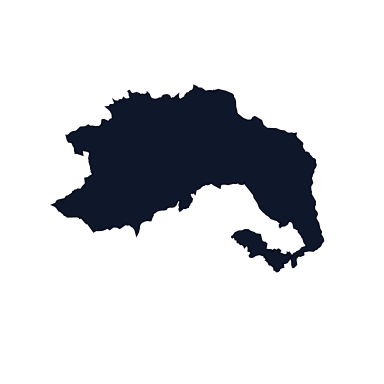 Saliste, Sibiu, Romania (Natural Earth projection), rotated 232°
{"feature_id": "2599482B68453018923397", "entity_name": "Saliste", "entity_type": "district", "adm_level": 2, "iso_a3": "ROU", "parent_name": "Romania", "parent_adm1": "Sibiu", "projection": "natural_earth1", "projection_center": [23.849, 45.799], "detail": "fine", "context": "isolated", "style": "filled", "palette": "ink", "viewbox_px": 384, "rotation_deg": 232, "n_neighbors": 0, "source": "geoboundaries", "source_scale": "gbopen_adm2", "svg_char_len": 6036}
<svg xmlns="http://www.w3.org/2000/svg" viewBox="0 0 384 384"><g transform="rotate(232 192 192)"><path d="M298.0,218.1L297.4,217.5L297.5,215.4L298.5,213.8L299.5,213.1L300.6,210.9L302.0,211.0L304.6,209.2L304.7,208.3L305.3,207.3L305.4,206.0L306.0,205.4L307.8,204.8L310.4,205.1L310.7,204.3L310.7,203.7L308.8,203.7L307.2,202.4L304.0,201.5L304.4,199.2L305.3,197.6L306.7,196.5L308.5,196.1L307.7,194.6L307.6,193.4L309.0,192.0L309.2,191.1L308.1,189.5L309.6,188.9L310.9,187.3L312.6,186.8L309.4,186.0L309.2,184.9L309.4,183.2L311.0,181.4L310.2,179.3L311.9,176.7L306.9,177.8L302.7,177.2L298.9,174.7L298.9,173.7L299.5,172.3L298.9,169.9L299.3,169.2L303.2,167.2L304.0,165.9L304.1,165.5L300.9,162.5L300.7,160.1L300.2,159.0L301.7,157.9L302.4,156.4L305.4,153.7L306.0,152.3L308.6,151.4L308.8,148.1L311.7,143.9L311.1,139.6L311.4,137.5L312.8,135.1L313.2,132.6L312.8,129.3L314.0,127.8L309.7,125.9L307.4,125.6L305.4,127.7L303.4,127.7L301.9,127.0L299.2,126.8L296.8,125.1L296.8,125.9L294.5,123.9L293.6,125.2L288.4,128.6L292.8,131.0L288.3,135.0L285.8,135.9L282.1,131.5L280.3,130.7L279.2,129.7L274.5,127.9L271.9,126.2L270.4,126.0L270.0,125.1L268.2,125.1L266.7,124.2L267.4,121.1L267.2,118.8L268.7,116.1L265.5,114.3L264.0,113.0L263.5,109.0L262.3,106.2L264.6,103.6L264.6,102.2L265.5,100.8L265.1,98.8L265.6,98.4L264.9,97.6L264.7,95.9L265.1,92.0L265.8,90.4L265.0,87.5L267.8,81.6L268.0,79.7L266.9,77.8L268.0,73.8L266.0,75.0L263.4,75.8L259.2,75.5L257.2,76.7L256.2,76.6L254.6,77.3L252.6,77.1L249.9,78.5L249.3,78.3L243.3,86.3L241.8,87.5L240.4,87.3L240.1,88.9L233.6,89.2L232.2,89.5L232.5,90.2L231.2,90.4L221.2,90.0L220.9,92.6L217.4,97.3L216.2,100.6L215.9,102.9L216.1,103.3L213.2,103.9L213.0,108.8L210.2,111.8L207.9,112.6L207.4,120.3L206.0,120.6L204.8,122.8L202.2,123.2L200.6,124.0L197.2,123.9L191.9,121.6L193.4,124.9L196.1,128.2L198.2,129.9L198.1,130.4L198.8,131.5L199.1,134.0L198.4,136.9L197.5,139.0L194.8,141.9L196.8,145.0L197.6,147.0L198.9,147.7L198.5,153.2L197.3,156.0L194.4,160.4L194.3,161.4L195.1,162.8L193.8,165.6L192.3,167.2L191.5,169.2L191.7,171.3L193.7,174.9L193.6,176.2L192.3,177.6L189.7,173.8L187.3,172.9L186.5,171.3L184.7,170.6L184.2,171.7L184.6,172.3L184.4,173.3L184.7,175.2L183.0,177.0L183.3,177.5L182.3,179.6L183.0,180.2L183.4,182.1L184.8,184.3L184.5,185.6L186.5,188.0L188.1,187.8L191.7,188.8L191.6,191.6L190.8,191.7L190.9,192.4L190.5,193.1L188.5,193.2L190.6,195.6L191.2,196.9L190.1,200.3L190.5,201.3L190.4,203.2L190.8,204.1L189.9,205.8L190.3,206.2L189.2,208.1L188.6,208.4L187.6,210.4L187.7,211.6L186.9,213.2L184.9,213.4L177.9,216.5L179.8,218.6L180.1,220.1L178.2,222.8L175.6,225.3L173.6,230.1L171.8,231.9L171.0,234.2L169.2,234.4L167.3,236.0L166.8,237.6L167.4,239.3L165.4,238.8L151.8,238.9L149.2,237.6L143.1,237.3L137.8,235.6L132.4,236.0L130.8,236.5L128.6,236.6L125.5,237.9L122.6,238.0L117.0,241.6L115.0,241.9L113.4,242.8L112.3,242.7L112.6,241.4L112.4,240.9L111.1,239.8L109.8,239.6L110.0,240.9L109.7,242.3L108.4,244.1L108.1,246.5L108.1,247.6L109.0,248.9L109.0,250.8L108.1,251.7L106.4,252.4L104.8,252.2L100.7,250.2L100.0,251.2L99.4,251.0L96.7,252.4L94.9,251.3L90.2,251.4L88.5,250.8L87.2,251.1L83.4,249.4L80.5,249.3L78.6,248.7L80.3,244.2L79.5,240.9L80.3,237.7L79.6,237.2L80.3,236.1L80.7,233.8L79.9,232.3L79.8,231.3L84.6,231.4L84.6,230.7L85.6,230.0L84.3,229.3L84.3,228.4L84.8,228.1L84.6,227.6L85.2,226.4L90.4,223.2L91.2,225.6L93.7,225.0L93.9,222.4L96.0,221.6L96.1,220.2L95.6,219.0L96.2,219.2L98.0,218.5L99.6,216.3L101.5,214.8L105.1,218.9L106.0,218.6L107.1,218.8L108.2,217.4L110.5,216.8L116.4,219.5L119.8,216.3L121.5,216.0L125.0,213.7L127.6,213.0L129.7,210.3L130.3,207.3L132.2,205.1L133.2,201.0L132.1,197.1L132.4,196.0L131.7,195.5L131.1,195.7L131.3,196.8L130.1,197.5L127.9,196.8L126.8,197.7L125.9,197.8L124.3,196.7L122.9,197.9L120.9,197.8L120.4,199.2L119.8,199.3L117.6,199.7L116.0,199.2L116.4,201.4L115.8,202.7L113.4,202.2L110.8,199.9L109.5,201.2L107.6,200.9L106.7,200.2L107.0,199.7L106.5,198.0L105.4,197.6L103.9,198.8L103.2,200.2L103.0,203.1L101.6,206.2L100.6,207.4L99.0,208.1L98.2,210.0L97.3,209.3L95.5,209.6L95.8,209.0L94.5,209.4L94.1,208.9L92.8,209.2L92.4,209.1L92.5,208.3L91.7,208.8L91.1,208.4L89.6,208.9L87.8,208.1L86.5,208.5L85.8,209.6L85.0,209.4L84.7,209.8L82.0,210.0L80.1,208.8L80.0,209.5L78.6,209.3L76.9,209.9L76.5,211.0L76.6,212.7L77.5,213.6L77.5,214.4L77.0,216.7L76.3,217.8L79.7,219.8L78.5,221.5L77.9,223.6L79.6,229.4L75.8,228.0L73.0,225.9L71.0,225.1L70.4,225.1L70.0,225.9L70.5,229.7L74.6,232.0L75.6,233.1L76.2,236.7L74.4,238.2L74.6,239.0L73.7,241.0L73.9,241.6L76.0,242.2L75.8,244.2L73.6,248.3L70.7,251.3L70.8,253.7L70.2,255.0L70.6,257.6L70.3,258.2L70.5,260.4L71.8,262.4L72.4,265.4L73.1,265.9L75.7,266.9L79.7,267.4L80.5,268.9L81.5,269.6L84.2,269.8L89.6,272.5L94.8,273.1L96.1,274.4L97.0,276.5L97.8,277.2L99.2,277.8L102.6,277.7L103.6,278.2L105.6,279.8L106.0,281.1L108.8,283.3L117.4,284.6L118.5,286.0L120.5,286.7L123.5,288.7L125.1,292.7L129.6,294.4L130.5,296.1L131.7,297.4L132.8,300.2L134.9,301.7L135.7,304.5L137.1,306.5L139.4,307.2L141.2,308.8L142.5,308.8L144.1,307.7L147.6,307.6L148.4,306.8L149.5,307.7L150.7,307.9L152.7,306.9L153.4,305.5L154.1,305.3L155.1,305.9L158.9,306.2L161.5,307.7L161.7,308.7L162.6,309.1L170.5,307.8L172.8,308.5L174.1,310.2L175.2,308.0L176.8,306.9L178.7,304.0L180.7,302.9L183.0,302.4L186.0,299.3L189.7,297.4L195.8,290.2L201.0,289.1L205.5,290.7L212.6,287.9L213.1,286.1L212.0,283.1L214.1,280.0L218.4,277.5L225.3,275.8L227.2,276.1L228.5,277.1L232.1,278.5L236.9,282.0L239.1,282.9L241.2,282.8L242.8,284.0L244.7,283.7L250.7,280.3L256.6,275.6L257.8,272.2L258.4,271.8L257.6,271.2L259.7,269.7L261.7,267.1L262.9,264.6L267.8,263.3L270.0,260.8L272.1,260.5L274.7,259.1L273.6,258.4L272.0,256.1L271.9,254.3L272.5,252.9L272.1,250.2L272.4,249.4L273.0,249.1L273.0,248.4L272.4,247.4L272.5,246.2L271.3,245.3L272.1,239.2L274.1,239.2L276.1,240.1L277.4,241.4L277.1,234.7L278.0,234.6L278.1,233.4L279.3,232.4L280.5,233.2L282.2,233.2L283.8,232.3L285.2,230.1L285.7,228.4L285.1,227.1L284.8,225.0L285.9,224.4L286.8,221.2L288.2,219.2L289.6,218.3L289.7,217.5L292.7,217.5L295.4,218.4L298.0,218.1Z" fill="#0f172a" stroke="#020617" stroke-width="1.5"/></g></svg>